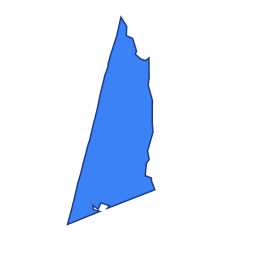 outline of Grayson, Virginia, United States of America, rotated 102°
{"feature_id": "52423323B9140975036391", "entity_name": "Grayson", "entity_type": "district", "adm_level": 2, "iso_a3": "USA", "parent_name": "United States of America", "parent_adm1": "Virginia", "projection": "natural_earth1", "projection_center": [-81.229, 36.683], "detail": "fine", "context": "isolated", "style": "filled", "palette": "blue", "viewbox_px": 256, "rotation_deg": 102, "n_neighbors": 0, "source": "geoboundaries", "source_scale": "gbopen_adm2", "svg_char_len": 785}
<svg xmlns="http://www.w3.org/2000/svg" viewBox="0 0 256 256"><g transform="rotate(102 128 128)"><path d="M210.8,131.5L182.8,88.9L175.2,93.9L172.1,94.7L171.0,101.3L158.8,102.7L154.4,100.8L146.2,104.1L126.9,102.7L117.0,105.6L95.9,109.9L81.9,117.2L74.5,117.8L55.2,122.1L58.4,124.6L57.9,130.0L54.3,136.3L51.1,135.6L39.4,142.1L38.1,148.8L29.0,150.4L21.1,157.9L40.6,158.2L61.0,160.3L66.4,160.5L69.0,160.8L72.3,160.3L81.0,161.5L98.2,162.1L103.7,162.1L115.3,162.0L126.8,162.4L130.0,162.6L148.6,163.0L150.0,163.3L157.5,163.8L161.8,163.9L172.4,164.5L177.9,164.6L178.6,164.6L190.7,165.4L192.6,165.6L207.4,165.8L207.8,165.8L218.6,166.2L234.9,167.1L215.4,138.3L215.0,144.9L211.1,146.1L213.5,140.4L206.9,138.9L207.8,130.0L210.8,131.5Z" fill="#3b82f6" stroke="#1e3a8a" stroke-width="1.5"/></g></svg>